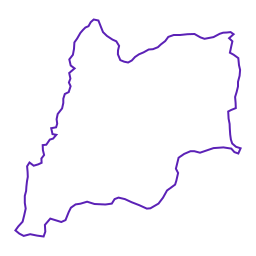 outline of Santa Cecília, Paraíba, Brazil
{"feature_id": "56859067B96891568897649", "entity_name": "Santa Cecília", "entity_type": "district", "adm_level": 2, "iso_a3": "BRA", "parent_name": "Brazil", "parent_adm1": "Paraíba", "projection": "natural_earth1", "projection_center": [-35.927, -7.733], "detail": "fine", "context": "isolated", "style": "outline", "palette": "violet", "viewbox_px": 256, "rotation_deg": 0, "n_neighbors": 0, "source": "geoboundaries", "source_scale": "gbopen_adm2", "svg_char_len": 1849}
<svg xmlns="http://www.w3.org/2000/svg" viewBox="0 0 256 256"><path d="M15.4,230.4L19.3,233.6L23.7,235.9L30.2,234.2L37.1,235.6L43.6,236.5L45.3,231.7L44.9,224.9L50.3,218.6L61.3,222.0L65.5,220.1L68.7,212.1L70.9,207.7L75.6,204.4L80.4,203.7L87.1,201.7L94.5,204.0L105.5,204.5L111.8,203.6L114.6,199.1L118.5,197.6L124.9,199.1L131.6,202.2L139.3,205.2L146.8,208.6L150.4,208.3L158.5,203.6L163.0,197.7L167.0,190.5L175.1,184.6L176.3,180.8L178.1,173.0L175.9,168.7L178.6,157.7L184.2,153.9L190.5,151.2L194.3,151.2L200.0,152.7L213.5,148.1L223.4,147.4L231.3,148.6L234.4,152.1L238.3,153.5L240.6,148.3L236.0,146.8L232.2,143.5L230.9,139.6L230.2,134.6L229.8,128.7L229.6,123.9L228.6,118.7L228.2,111.5L231.1,110.0L235.8,108.1L235.6,102.9L235.1,97.0L236.6,92.1L238.0,86.5L238.0,81.8L239.6,75.8L240.1,69.9L239.0,65.2L238.3,58.1L233.6,54.7L229.9,52.7L231.5,45.2L232.4,41.3L229.1,38.2L233.6,34.2L230.6,32.1L226.9,32.5L223.1,32.7L219.7,33.8L213.5,37.1L204.5,38.8L200.5,37.4L194.5,34.0L187.6,34.2L180.0,35.0L173.7,35.0L168.3,36.9L165.2,41.1L160.9,44.4L157.9,47.2L152.9,49.2L148.7,49.5L143.5,52.4L139.0,54.3L135.0,57.0L131.8,60.5L128.1,62.5L124.2,61.7L120.3,60.1L117.9,54.3L118.0,50.4L119.1,45.9L116.3,41.3L112.5,39.6L106.9,35.9L103.0,32.1L101.0,27.1L98.4,20.5L93.7,19.5L90.7,22.2L88.5,26.2L85.4,27.5L82.9,30.0L80.4,32.9L77.1,38.6L74.4,42.4L74.0,48.9L72.9,54.8L69.3,59.4L70.7,65.5L74.6,68.4L69.2,73.0L70.4,78.6L68.9,82.5L70.6,86.2L68.7,92.1L64.8,94.0L63.3,98.7L63.3,103.0L62.1,108.4L57.7,114.0L56.6,119.2L57.2,123.7L56.1,127.3L51.2,128.2L52.5,134.1L56.3,134.8L53.1,138.6L49.8,139.6L46.3,144.7L42.7,145.1L42.9,150.1L44.1,155.0L41.4,158.5L41.6,162.8L38.1,164.4L33.7,165.7L29.5,162.5L27.1,166.3L27.6,172.0L27.8,176.9L27.0,181.2L26.4,186.5L26.1,191.0L24.8,195.9L24.8,202.9L25.7,208.6L24.2,215.3L22.6,221.7L18.3,226.4L15.4,230.4Z" fill="none" stroke="#5b21b6" stroke-width="2"/></svg>